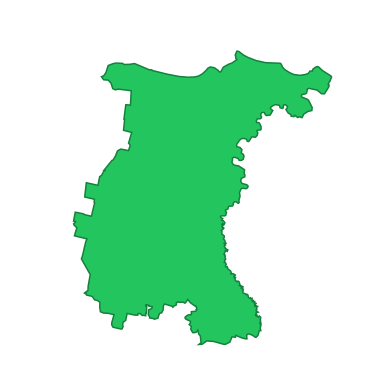 Tulangbawang, Lampung, Indonesia (orthographic projection), rotated 282°
{"feature_id": "22746128B49188423555547", "entity_name": "Tulangbawang", "entity_type": "district", "adm_level": 2, "iso_a3": "IDN", "parent_name": "Indonesia", "parent_adm1": "Lampung", "projection": "orthographic", "projection_center": [105.482, -4.399], "detail": "fine", "context": "isolated", "style": "filled", "palette": "green", "viewbox_px": 384, "rotation_deg": 282, "n_neighbors": 0, "source": "geoboundaries", "source_scale": "gbopen_adm2", "svg_char_len": 5959}
<svg xmlns="http://www.w3.org/2000/svg" viewBox="0 0 384 384"><g transform="rotate(282 192 192)"><path d="M299.6,292.0L305.8,287.1L306.7,285.5L307.7,279.5L309.0,279.0L310.3,279.4L311.5,282.5L312.6,283.5L316.9,283.5L317.7,284.9L317.7,293.1L315.0,298.3L315.6,301.2L323.4,304.0L325.2,303.8L325.2,303.1L326.7,302.9L329.0,303.9L333.6,304.6L334.5,303.6L337.8,294.6L340.8,289.6L340.6,288.0L339.2,286.3L337.2,284.7L335.4,284.6L334.9,282.3L332.3,281.2L330.6,278.7L328.6,273.5L328.1,267.3L329.0,262.7L331.0,257.4L332.8,254.7L335.6,252.7L336.3,251.7L333.8,237.0L333.9,227.5L335.3,218.6L336.7,213.8L339.1,208.8L339.3,207.1L339.0,206.5L334.9,205.8L334.6,206.2L331.9,207.0L330.9,208.4L326.6,204.4L324.4,201.0L320.6,196.7L315.6,195.2L315.1,193.9L316.3,192.5L318.2,188.0L318.1,183.8L316.1,181.5L314.6,181.0L309.8,177.6L306.7,174.2L304.9,170.1L303.4,164.0L302.3,155.2L302.1,143.2L302.6,128.1L303.1,127.2L302.7,124.6L305.7,109.1L303.9,104.4L302.6,98.9L303.4,97.4L302.3,90.8L301.2,88.2L298.3,83.7L291.0,83.0L287.5,81.6L285.9,79.4L283.4,82.3L284.0,86.7L281.7,90.1L276.6,93.0L276.0,95.9L277.3,98.4L278.4,111.5L264.2,113.7L263.6,109.1L249.0,110.3L249.0,111.0L238.1,112.2L237.7,120.6L226.5,119.8L225.2,121.8L223.7,121.8L219.3,121.2L219.2,113.5L217.2,111.0L216.1,110.4L211.4,109.7L206.8,108.1L206.2,107.1L194.8,101.3L194.8,102.2L193.5,101.2L189.7,100.2L187.8,98.5L179.0,98.6L179.1,86.7L164.8,88.1L164.6,98.0L161.6,98.4L161.2,99.0L147.4,98.6L147.5,91.6L148.1,90.4L148.0,82.0L138.9,82.2L138.9,84.1L138.2,84.3L136.3,82.8L135.0,83.6L133.1,86.8L124.7,86.1L124.3,99.0L121.1,98.4L106.0,98.1L103.6,97.7L90.1,109.6L78.2,110.0L74.2,110.7L70.1,107.3L71.6,109.4L69.7,109.7L69.2,110.5L69.2,115.4L68.7,116.7L66.3,119.0L66.1,122.4L64.9,124.9L60.4,125.6L55.8,127.3L55.2,130.8L55.9,134.6L55.8,141.2L47.6,140.7L45.3,141.1L43.3,142.9L43.2,151.4L43.7,152.1L46.0,152.6L48.0,151.7L50.2,151.7L52.6,153.8L59.7,153.8L59.7,161.6L60.2,164.5L61.8,164.5L62.3,166.9L61.3,168.0L60.9,169.5L61.4,170.3L61.3,172.4L63.9,172.0L64.0,172.5L70.3,171.6L71.2,171.4L70.9,170.4L71.8,170.2L72.4,171.1L72.2,173.4L71.3,173.7L71.6,176.9L69.8,176.9L67.7,174.1L62.8,174.8L61.0,176.7L60.0,176.7L60.2,180.6L59.7,181.5L61.4,184.8L66.2,185.4L67.2,186.4L67.4,187.4L70.5,188.3L74.9,187.7L76.7,188.4L76.1,196.3L75.3,197.3L76.8,198.2L78.3,200.2L80.2,199.7L81.8,201.3L81.4,202.4L82.4,206.2L81.8,208.1L82.4,208.8L86.0,210.2L83.3,213.5L81.1,218.6L81.4,219.2L79.7,220.6L78.7,221.0L78.3,220.7L78.3,221.1L76.2,220.6L74.8,216.2L72.0,216.9L71.0,213.9L70.2,212.9L68.2,211.3L67.2,211.4L66.3,212.5L65.3,217.0L64.7,217.6L63.2,217.5L61.8,216.8L60.3,219.3L57.5,219.3L54.6,221.9L55.0,224.0L56.1,225.6L58.0,226.4L54.3,228.2L53.0,230.0L46.5,232.2L44.3,230.4L45.2,233.6L49.4,237.4L50.3,244.3L49.6,255.0L50.1,256.6L53.1,260.3L58.6,261.2L59.0,264.7L60.9,264.7L59.7,270.7L59.5,275.3L59.8,276.3L62.6,275.4L63.7,275.4L64.6,276.2L65.1,277.3L64.4,281.1L63.2,283.7L63.1,284.7L64.1,285.6L65.8,286.4L70.1,286.6L70.7,288.1L73.2,287.0L75.5,287.2L76.4,286.4L77.1,287.1L78.1,286.6L77.7,286.1L78.2,285.5L79.5,286.0L80.7,285.7L81.2,285.1L82.0,285.5L83.9,285.2L84.7,283.5L83.3,282.7L83.7,281.7L84.9,281.2L84.2,280.5L84.4,280.0L85.2,279.8L85.3,280.4L87.1,279.8L88.2,281.7L89.2,279.3L90.1,279.3L90.4,279.8L92.6,279.3L93.6,279.9L93.4,278.6L94.0,278.7L94.2,278.0L93.3,278.1L93.2,277.3L95.4,276.6L95.6,277.5L96.3,277.8L96.5,276.5L97.6,276.2L97.0,275.6L97.6,275.3L97.4,274.0L98.7,274.5L98.6,273.1L100.5,272.9L100.1,271.9L100.7,271.2L100.0,270.7L100.4,269.3L102.9,268.1L103.4,267.1L102.8,266.4L103.5,265.8L103.8,263.0L105.0,262.3L106.1,262.7L106.6,261.9L107.6,262.3L108.1,260.4L108.7,261.0L109.3,260.7L109.3,261.5L109.9,261.6L110.1,260.3L109.6,259.3L110.1,258.8L110.5,259.5L110.9,258.3L110.4,258.4L110.5,257.7L111.2,258.2L113.8,256.9L114.4,255.5L113.7,254.8L114.1,254.7L114.0,253.7L114.6,252.6L116.3,252.2L116.6,251.7L117.2,252.1L117.2,251.0L117.6,250.8L118.6,250.8L118.5,251.4L119.8,251.7L120.7,249.0L120.0,247.1L121.4,247.1L122.7,246.3L124.3,243.1L126.3,241.9L126.0,240.4L127.3,240.1L128.5,240.5L129.9,239.2L129.9,238.3L130.4,238.6L132.1,238.1L132.6,238.7L133.4,238.9L134.8,237.8L136.3,237.9L136.9,237.1L137.6,237.1L137.9,236.1L141.4,237.2L142.1,236.3L141.2,238.8L142.8,239.1L143.8,236.2L144.7,235.9L145.3,235.0L146.4,235.0L147.2,235.8L148.3,234.2L148.9,235.8L150.3,234.6L151.5,234.2L152.6,232.5L154.4,233.0L155.7,232.7L157.3,229.8L160.0,229.4L160.3,228.7L163.3,230.7L164.1,229.4L163.0,229.7L163.6,228.8L165.0,228.5L166.0,229.5L166.5,227.9L167.5,228.4L167.1,228.7L167.0,230.2L168.8,230.6L170.4,228.7L170.5,226.9L172.4,227.6L173.1,225.2L174.2,225.0L174.9,226.0L175.4,228.8L176.1,229.8L179.3,230.0L180.2,228.8L181.2,228.5L182.9,230.7L185.0,230.6L185.7,231.1L186.8,234.7L188.6,235.0L189.5,234.7L191.1,235.5L191.7,237.2L190.6,239.2L190.7,239.9L191.6,240.3L193.8,239.6L197.7,239.9L201.4,238.6L205.3,239.4L206.1,240.3L206.5,244.3L207.6,245.4L209.2,245.7L210.0,245.2L210.5,244.0L210.8,239.2L212.3,237.5L215.6,237.4L217.8,240.5L219.5,240.3L221.3,239.0L224.7,238.8L227.2,232.2L227.1,227.5L227.4,226.7L229.5,224.8L231.7,225.0L233.5,224.4L234.6,225.7L234.8,226.6L234.4,230.1L232.9,231.3L232.8,232.4L233.3,233.9L234.6,235.3L237.9,235.4L239.5,234.4L240.4,232.1L243.9,232.0L245.6,229.6L245.6,226.5L246.4,226.0L248.5,226.0L253.3,228.2L254.3,229.3L255.0,230.5L255.2,233.6L254.9,234.4L253.1,235.5L253.1,236.7L253.7,237.3L258.3,239.0L258.8,242.7L260.9,244.0L263.5,244.1L265.0,242.7L266.2,243.5L267.0,246.3L268.0,246.5L270.4,245.9L273.5,243.6L273.8,242.7L273.4,240.8L274.9,240.1L277.0,240.6L277.9,243.6L279.0,244.5L279.9,244.4L281.6,243.1L283.7,243.4L284.6,244.6L284.7,246.2L282.6,247.9L282.3,249.3L283.6,252.5L288.5,254.1L289.8,251.4L290.8,251.3L292.2,252.2L294.2,254.3L294.9,255.9L294.9,259.5L292.7,260.7L292.6,263.3L293.5,263.8L295.9,263.3L296.9,265.3L295.4,267.7L293.9,267.6L292.3,266.7L289.1,269.8L288.4,272.5L286.7,273.3L286.9,276.0L288.4,276.6L286.8,280.0L287.9,281.1L287.6,284.2L291.5,285.2L294.9,288.7L296.6,292.3L299.6,292.0Z" fill="#22c55e" stroke="#15803d" stroke-width="1.5"/></g></svg>